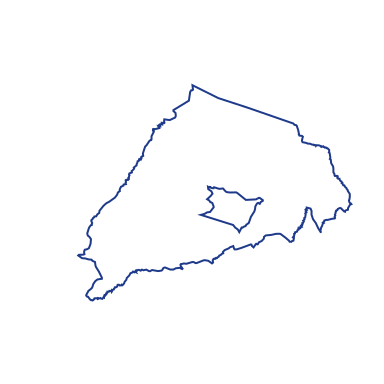 outline of Chimbonila, Niassa, Mozambique, rotated 153°
{"feature_id": "85939544B92418523619922", "entity_name": "Chimbonila", "entity_type": "district", "adm_level": 2, "iso_a3": "MOZ", "parent_name": "Mozambique", "parent_adm1": "Niassa", "projection": "orthographic", "projection_center": [35.277, -13.424], "detail": "fine", "context": "isolated", "style": "outline", "palette": "blue", "viewbox_px": 384, "rotation_deg": 153, "n_neighbors": 0, "source": "geoboundaries", "source_scale": "gbopen_adm2", "svg_char_len": 6039}
<svg xmlns="http://www.w3.org/2000/svg" viewBox="0 0 384 384"><g transform="rotate(153 192 192)"><path d="M206.6,119.3L205.3,119.6L204.5,121.8L203.2,122.6L201.9,122.4L201.9,122.0L201.3,121.8L200.6,122.4L199.6,121.8L198.9,122.2L197.6,122.2L196.6,123.0L195.1,122.8L193.4,123.4L192.0,123.2L191.6,124.6L189.2,125.4L184.9,125.1L183.6,125.5L179.8,125.1L180.2,122.5L180.1,121.5L178.2,120.6L173.5,119.8L163.4,118.6L162.9,118.1L163.1,116.7L162.3,114.7L158.8,116.6L158.3,116.7L157.6,115.7L157.1,115.6L155.2,116.8L152.3,116.7L149.2,117.8L148.1,119.4L146.0,119.8L140.6,117.7L136.2,116.6L132.7,114.9L132.1,114.3L129.5,109.0L127.7,104.7L127.6,103.4L126.1,102.5L125.1,102.9L123.7,102.6L122.0,104.8L122.7,105.7L121.8,106.3L121.1,106.3L120.4,107.3L120.1,108.3L119.1,108.3L118.6,109.3L116.4,109.0L115.4,110.1L114.2,110.1L113.8,111.2L112.6,110.5L112.0,110.5L111.7,110.9L112.0,111.6L110.0,111.1L110.1,112.5L109.0,112.4L108.8,113.2L108.1,113.2L107.7,114.2L107.2,114.0L105.7,115.1L106.0,116.0L104.2,116.5L103.9,117.8L102.8,117.9L100.9,120.4L100.8,121.5L99.4,121.8L99.6,122.8L98.6,123.2L98.9,124.3L97.8,124.1L98.0,125.1L97.0,125.5L96.8,126.0L93.9,123.4L94.1,120.8L95.8,117.5L96.5,112.8L95.8,108.1L96.0,102.4L95.5,97.1L95.0,100.0L94.3,100.1L93.5,101.3L91.4,102.8L89.6,104.6L88.9,104.6L89.3,105.3L87.5,105.8L87.1,106.5L85.0,106.2L83.7,105.5L79.5,104.6L76.8,103.6L76.3,103.9L76.2,105.2L75.0,106.0L75.0,106.9L73.6,108.0L73.3,108.9L72.5,109.3L72.1,110.0L71.5,110.1L70.8,109.8L69.8,110.7L67.4,110.6L66.7,110.0L65.2,105.5L64.6,105.0L64.3,105.6L63.1,105.8L61.1,105.4L60.3,106.8L57.4,108.7L56.6,109.0L55.5,108.8L55.5,109.4L56.3,110.5L56.4,111.5L55.9,113.4L55.2,113.8L53.5,116.2L52.3,118.7L52.7,122.2L52.4,122.9L52.8,124.7L52.6,125.6L53.2,126.6L53.3,128.8L54.1,129.2L54.3,129.7L54.0,131.4L54.4,131.8L53.9,132.1L54.2,132.6L54.0,133.5L54.7,134.3L54.9,136.7L54.7,136.9L55.9,137.7L56.1,138.2L56.1,138.7L55.3,139.2L55.0,139.9L55.4,140.5L57.4,141.4L57.5,141.9L56.9,143.5L57.1,145.2L55.2,149.1L54.7,150.8L54.9,154.5L53.7,157.7L54.2,158.8L53.3,159.4L51.7,164.1L52.1,165.1L51.6,165.4L50.7,167.2L51.4,169.5L52.1,169.8L52.5,171.0L53.4,171.1L54.2,172.9L54.6,172.7L55.3,173.5L56.2,173.4L56.5,173.8L56.3,174.4L57.8,176.0L59.9,177.2L60.7,176.8L60.7,177.6L61.2,178.2L62.0,178.2L62.4,179.2L63.4,179.6L64.9,181.4L66.9,182.6L68.3,184.2L70.7,186.0L71.0,186.7L70.6,188.1L68.1,191.0L68.6,192.1L70.7,193.5L70.7,194.9L70.3,195.2L69.2,199.4L68.6,203.6L68.8,204.2L70.2,205.3L70.6,207.0L103.1,240.8L126.0,263.8L143.1,286.9L144.7,282.7L145.5,282.5L146.5,283.0L148.2,282.0L153.3,274.8L171.4,273.4L171.8,272.5L170.8,270.0L171.0,269.3L172.0,267.0L173.3,266.0L179.2,266.2L183.7,269.3L184.9,267.5L184.9,266.7L185.4,266.0L186.4,266.2L186.9,267.0L187.5,267.4L188.0,265.7L189.4,266.8L190.4,266.8L190.2,265.9L190.5,264.8L192.2,266.1L192.2,263.8L196.5,264.8L197.5,265.6L198.2,265.7L198.9,264.5L198.4,263.8L198.8,263.5L198.7,263.0L202.7,260.1L204.3,257.1L204.8,256.8L205.4,257.1L206.9,256.8L211.3,254.3L213.2,253.7L218.3,248.6L219.1,246.3L220.9,246.4L221.6,246.1L221.5,245.2L222.9,244.0L223.4,244.2L223.7,245.2L224.2,245.3L225.2,243.9L226.5,244.1L227.6,242.7L228.8,241.9L229.3,240.9L232.8,240.2L232.9,239.2L233.7,238.7L236.3,238.0L236.7,236.7L239.3,237.0L240.1,236.3L240.2,235.1L241.0,234.7L241.3,234.0L242.5,233.4L242.1,232.7L242.6,232.0L243.6,231.8L245.1,232.7L245.8,232.6L246.3,230.8L247.1,230.3L247.3,229.0L249.6,229.7L250.3,228.8L252.9,228.9L254.8,227.5L255.6,226.6L255.8,225.6L258.3,225.2L259.9,223.6L263.2,222.0L270.3,220.9L273.3,220.9L277.1,219.9L282.9,217.3L284.3,215.4L286.4,215.1L288.4,213.8L290.1,214.5L290.9,213.8L292.2,213.7L293.2,212.8L294.3,212.7L294.9,211.9L295.0,209.7L295.7,209.1L296.2,208.1L297.3,208.3L300.0,206.9L304.0,202.8L304.4,201.9L304.6,200.4L303.8,198.7L303.4,195.9L305.9,191.9L308.2,189.8L309.5,188.7L312.1,188.7L313.3,189.2L313.9,189.2L315.4,187.6L316.1,185.4L317.5,185.6L321.3,187.4L322.2,187.1L320.0,182.9L317.3,181.3L315.0,179.1L312.2,177.3L312.0,175.9L310.2,173.7L311.3,170.6L311.6,168.9L311.1,163.1L311.2,156.5L311.7,155.6L315.9,157.0L318.6,156.5L321.6,154.9L324.4,152.1L325.8,151.6L329.2,150.9L332.9,148.3L333.3,147.7L332.9,146.3L332.2,145.9L331.6,142.6L331.0,141.4L330.3,141.2L329.9,140.5L329.0,140.5L328.3,141.0L327.7,140.9L327.1,141.5L324.7,140.4L324.6,139.4L324.1,139.4L323.7,140.1L322.4,139.0L321.7,139.0L321.6,138.6L320.4,137.5L318.8,138.3L318.4,137.8L317.9,138.8L317.0,138.9L317.0,139.8L316.7,139.9L316.0,139.4L315.1,139.6L315.2,140.1L314.4,140.7L313.8,140.4L313.1,140.7L312.7,141.6L311.2,140.9L310.5,141.4L309.3,140.4L308.6,140.8L308.8,139.6L307.0,140.8L305.8,140.7L305.4,141.3L304.3,141.6L304.0,142.1L302.4,141.5L301.4,141.9L300.7,142.9L300.0,143.0L299.0,142.3L298.9,141.6L297.5,140.9L296.7,141.4L296.2,140.5L294.1,141.3L292.9,142.5L290.4,143.6L289.1,145.0L285.6,146.2L283.7,147.6L282.0,147.3L280.7,147.9L279.9,146.6L278.9,146.7L278.5,146.2L278.6,147.1L277.6,147.5L277.6,146.8L277.2,146.6L276.4,147.2L274.7,146.8L273.4,145.2L272.4,145.6L271.9,145.6L270.8,144.3L268.0,143.6L266.2,141.0L265.4,140.5L263.0,140.6L258.1,136.9L254.8,135.8L253.7,136.1L252.2,137.2L250.8,137.2L250.1,136.8L246.7,132.9L243.7,131.3L241.2,131.4L238.0,130.3L237.3,129.9L235.8,127.8L235.2,128.0L235.6,130.9L235.4,132.3L234.7,132.8L231.5,131.9L229.6,130.6L223.7,129.5L222.3,128.8L221.2,127.1L220.2,126.6L213.2,125.9L211.6,125.5L208.7,123.3L206.6,119.3ZM163.9,137.8L168.1,134.8L168.2,137.8L169.7,140.8L170.3,143.9L194.5,167.6L190.7,166.8L187.8,167.0L185.0,166.0L179.7,168.5L179.3,169.3L178.9,172.9L179.7,174.2L180.3,174.6L180.5,176.6L181.8,178.7L177.2,180.0L174.5,181.2L174.4,183.8L176.2,187.2L175.4,189.4L174.7,188.3L174.2,188.6L173.3,188.1L173.2,187.2L171.6,185.8L171.1,185.6L170.2,186.2L166.3,182.4L162.8,181.1L161.7,177.0L160.9,176.0L158.2,174.2L152.8,171.6L152.1,170.6L147.6,160.5L138.4,156.4L134.9,156.4L134.3,155.9L132.6,152.6L132.9,152.0L135.5,151.8L137.0,150.7L137.9,152.2L138.9,152.3L140.0,151.8L142.1,150.4L143.7,148.0L145.4,146.3L150.8,143.1L155.5,138.6L158.5,138.2L159.5,137.4L160.2,137.3L160.9,137.6L163.3,137.3L163.9,137.8Z" fill="none" stroke="#1e3a8a" stroke-width="2"/></g></svg>